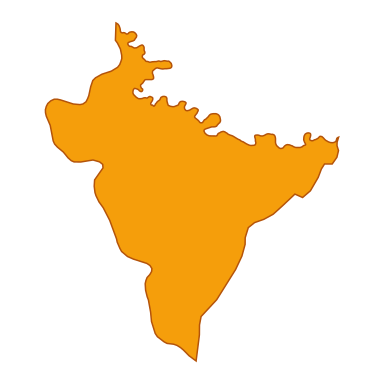 outline of Kim Hyong Jik, Ryanggang, North Korea
{"feature_id": "82179303B57298285068990", "entity_name": "Kim Hyong Jik", "entity_type": "district", "adm_level": 2, "iso_a3": "PRK", "parent_name": "North Korea", "parent_adm1": "Ryanggang", "projection": "equal_earth", "projection_center": [127.249, 41.385], "detail": "fine", "context": "isolated", "style": "filled", "palette": "amber", "viewbox_px": 384, "rotation_deg": 0, "n_neighbors": 0, "source": "geoboundaries", "source_scale": "gbopen_adm2", "svg_char_len": 5905}
<svg xmlns="http://www.w3.org/2000/svg" viewBox="0 0 384 384"><path d="M177.0,345.4L180.1,347.3L183.3,349.9L189.1,355.8L196.1,361.0L199.4,334.9L199.5,324.9L201.1,316.5L216.7,299.7L235.6,269.5L241.9,256.1L245.1,244.4L245.2,237.7L248.3,227.6L254.6,222.6L263.9,219.3L273.2,214.2L282.5,205.8L294.9,194.1L302.6,197.5L310.4,190.8L318.2,177.4L321.4,169.0L324.5,164.0L332.2,164.0L336.9,157.3L338.5,150.6L337.0,145.6L337.1,142.2L338.6,137.2L337.7,137.6L337.0,138.2L336.7,138.8L336.3,140.4L335.8,141.4L334.8,142.1L333.7,142.5L332.8,142.7L330.6,142.6L329.1,142.1L328.1,141.7L326.8,140.9L326.1,140.6L325.5,140.1L324.9,139.6L323.3,137.8L321.9,136.6L320.3,136.3L319.9,136.4L319.6,136.6L318.0,138.3L316.3,139.2L315.8,139.5L314.5,139.8L312.9,140.7L311.5,140.7L310.2,140.2L309.7,139.4L309.7,138.7L310.4,136.8L310.7,135.2L310.6,134.2L310.4,133.7L309.8,133.2L309.0,133.0L308.4,132.9L307.4,133.0L306.7,133.2L305.3,134.0L304.4,135.4L304.1,136.2L304.0,136.7L303.9,137.0L303.7,139.8L304.5,142.1L305.5,144.0L305.6,144.6L305.5,144.9L305.2,145.1L303.6,145.6L303.2,145.8L302.8,146.3L302.3,146.7L300.2,147.5L296.1,147.5L295.0,147.3L293.6,146.7L292.1,145.8L291.3,145.6L289.6,144.9L287.5,144.6L286.2,144.9L285.0,145.7L284.5,146.1L283.3,147.6L282.7,148.1L282.0,148.3L280.8,148.5L279.9,148.3L279.1,147.9L276.9,145.9L276.4,145.2L275.8,143.9L275.5,142.6L275.5,138.6L275.4,137.8L275.0,136.2L274.3,135.1L273.4,134.6L272.6,134.3L271.7,134.4L268.9,133.8L267.8,133.8L266.4,134.2L264.3,135.4L262.5,136.0L260.5,135.9L258.8,135.2L257.5,135.0L255.9,135.1L255.1,135.4L254.9,135.6L254.8,135.9L254.7,136.8L255.4,139.2L255.4,141.1L255.8,142.3L255.8,143.0L255.6,144.0L255.0,144.9L254.7,145.1L253.9,145.3L251.1,145.5L250.2,145.4L249.1,145.1L246.5,143.9L243.1,141.8L242.8,141.8L240.9,140.9L239.9,140.0L238.0,139.2L233.1,136.2L231.8,135.6L230.7,135.3L229.2,134.7L228.0,134.1L226.9,133.1L225.9,132.6L224.9,131.9L223.8,131.5L223.1,131.4L221.6,131.8L220.9,132.0L219.7,132.8L218.5,133.3L217.8,134.0L217.2,135.2L216.9,135.6L216.1,136.0L210.1,135.9L209.1,135.8L207.3,135.1L206.7,134.7L205.0,133.2L204.0,131.2L204.0,130.6L204.3,129.8L204.9,129.3L205.7,128.9L211.6,126.9L214.9,126.8L216.3,126.3L216.7,126.0L217.1,125.3L218.7,123.5L219.8,122.6L220.5,121.0L220.5,120.4L220.4,119.4L219.9,117.0L219.7,116.5L218.7,115.1L217.8,114.4L217.1,114.1L216.0,113.7L213.3,113.7L211.9,113.9L210.7,114.2L210.0,114.7L209.3,115.3L208.1,116.9L206.3,118.6L205.6,119.3L204.6,119.7L204.3,120.0L202.7,122.3L202.2,122.7L201.7,122.8L200.7,122.8L200.0,122.5L199.6,122.1L198.8,121.0L197.9,120.1L195.2,117.9L194.9,117.6L194.6,117.0L194.8,116.0L197.1,113.0L197.7,111.5L198.0,111.1L198.2,110.4L198.1,109.7L197.8,109.4L196.6,108.5L195.4,108.1L194.6,107.9L193.5,108.0L192.7,108.3L189.5,110.2L187.4,110.7L186.3,110.6L185.7,110.3L184.9,109.3L184.6,108.7L184.5,108.2L184.4,107.2L184.6,106.2L185.8,104.0L186.0,103.4L186.0,102.8L185.4,102.1L184.7,101.8L183.8,101.5L182.4,101.3L180.8,101.5L180.1,101.9L179.5,102.5L178.8,103.8L178.5,104.7L177.6,105.3L174.2,106.6L172.9,106.7L170.5,106.3L168.6,105.5L168.2,105.2L167.9,104.5L167.0,101.3L166.9,100.3L166.9,98.6L166.7,97.9L166.4,97.3L165.8,96.8L164.9,96.5L164.4,96.4L163.0,96.4L161.2,97.2L160.7,97.8L159.9,99.7L159.6,100.0L157.4,101.6L156.3,103.1L155.3,104.2L155.3,104.6L154.8,105.4L154.1,106.1L153.5,106.1L152.6,105.1L151.8,105.2L151.4,105.1L150.8,104.2L150.7,103.6L150.8,103.1L152.3,100.7L152.7,99.7L152.8,98.7L152.7,97.9L152.5,97.6L151.9,97.2L150.2,96.5L149.7,96.5L149.1,96.7L147.4,97.9L147.0,98.1L145.1,97.7L143.3,98.0L142.3,98.5L140.7,98.7L138.9,98.7L138.5,98.6L137.8,98.3L137.1,97.8L136.3,97.3L134.0,95.0L133.3,94.0L133.0,93.3L132.9,92.0L133.1,90.6L133.3,89.8L134.3,88.5L134.6,88.4L134.9,88.4L137.1,89.0L138.5,89.7L139.4,90.8L140.4,91.4L140.9,91.6L141.5,91.6L141.9,91.4L142.2,91.1L142.6,90.4L142.7,89.5L142.6,89.1L141.4,88.1L141.1,87.5L140.7,86.7L140.6,85.8L140.6,85.3L140.7,84.8L142.7,83.1L144.7,80.1L145.3,79.7L145.8,79.6L151.5,79.6L152.4,79.4L153.3,78.9L153.5,78.6L153.6,78.0L153.6,77.1L153.1,75.0L152.4,73.3L152.5,71.7L152.6,71.1L152.8,70.8L155.1,68.8L156.2,68.1L157.3,67.9L161.1,68.8L162.8,69.0L164.9,68.7L166.7,68.7L169.9,68.3L170.9,67.8L171.3,67.4L171.7,66.8L171.8,65.3L171.6,64.7L171.3,63.6L170.8,62.9L169.2,61.4L168.4,61.1L167.4,61.2L165.8,60.9L164.2,60.7L163.7,60.8L161.4,61.4L160.7,61.5L159.0,61.0L158.6,61.0L156.2,61.6L154.8,61.6L152.2,61.8L149.8,62.3L147.7,61.5L146.3,61.4L145.9,61.2L144.2,59.2L143.5,58.8L142.6,57.7L142.3,57.1L142.3,56.3L142.6,55.1L144.3,54.0L144.9,53.0L144.8,51.9L144.4,51.0L144.1,50.2L144.1,47.9L144.0,47.0L143.5,46.3L143.4,45.9L142.8,45.3L142.2,45.0L141.5,45.1L139.9,45.8L136.6,47.8L134.2,48.0L131.3,46.4L129.5,46.3L128.5,45.3L127.9,44.4L127.8,43.9L127.9,43.1L128.8,42.3L130.3,41.7L133.0,40.9L134.4,40.1L135.1,38.9L136.4,37.1L136.6,36.2L136.7,35.5L136.4,34.7L136.0,34.0L134.6,32.5L133.2,31.9L131.7,31.8L130.0,32.1L129.0,32.6L128.2,33.6L127.2,34.0L126.8,34.1L126.0,33.7L125.5,33.3L124.6,32.8L123.7,32.6L122.5,32.9L122.0,32.8L121.2,32.5L120.6,31.7L120.5,31.4L120.3,30.4L120.3,29.8L120.0,28.3L119.1,25.8L118.5,24.9L117.9,24.1L116.0,23.0L115.4,40.3L117.4,43.0L120.4,49.0L121.7,55.3L121.8,58.6L120.9,61.5L119.7,64.6L117.6,67.3L111.4,71.1L101.9,74.2L95.5,77.8L92.8,80.5L90.7,86.7L88.8,95.6L87.6,98.7L86.0,101.8L82.9,104.0L80.0,104.6L73.3,104.0L60.5,99.9L57.3,99.2L54.2,99.2L50.8,100.8L47.8,103.5L46.3,106.4L45.4,109.7L45.5,112.8L46.3,116.2L50.2,125.3L53.2,140.9L54.6,144.0L57.4,147.1L63.4,152.1L68.1,157.9L71.3,160.7L74.0,161.9L80.7,162.0L93.0,160.0L99.6,161.9L102.7,164.4L103.0,167.9L94.6,179.9L94.2,186.2L95.0,192.6L96.0,195.7L99.0,201.9L103.2,207.7L109.7,220.3L116.5,238.8L117.2,242.1L119.9,248.4L121.6,251.5L127.5,256.5L133.4,259.1L146.8,263.4L150.0,265.5L151.9,268.6L151.6,271.5L149.8,274.6L147.1,277.5L145.9,280.6L145.2,283.7L145.6,290.2L147.2,296.8L148.4,299.9L150.6,312.1L151.5,321.5L155.2,333.4L157.4,336.7L164.0,341.8L167.0,343.4L173.6,344.2L177.0,345.4Z" fill="#f59e0b" stroke="#b45309" stroke-width="1.5"/></svg>